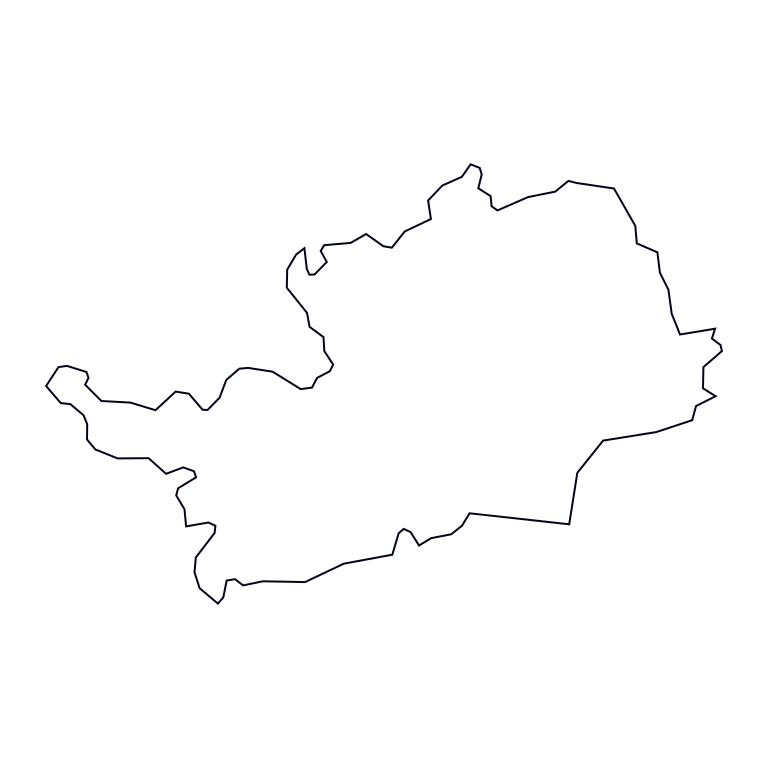 outline of Hertfordshire
{"feature_id": "GBR-2042", "entity_name": "Hertfordshire", "entity_type": "Administrative County", "adm_level": 1, "iso_a3": "GBR", "parent_name": "United Kingdom", "parent_adm1": "", "projection": "equal_earth", "projection_center": [-0.306, 51.83], "detail": "fine", "context": "isolated", "style": "outline", "palette": "ink", "viewbox_px": 768, "rotation_deg": 0, "n_neighbors": 0, "source": "natural_earth", "source_scale": "10m", "svg_char_len": 1591}
<svg xmlns="http://www.w3.org/2000/svg" viewBox="0 0 768 768"><path d="M569.2,524.3L469.5,513.3L462.1,525.6L457.0,529.7L451.2,534.3L431.3,538.1L419.0,545.5L410.7,532.2L403.8,528.9L398.7,533.2L392.3,554.7L363.6,560.0L343.7,563.7L305.0,582.1L286.2,581.7L262.8,581.3L243.1,585.4L235.0,579.2L226.7,580.5L223.3,597.4L217.9,603.6L199.6,588.2L194.5,572.3L195.8,557.5L214.6,533.0L215.4,525.8L208.4,522.5L186.1,526.4L184.5,509.3L176.2,495.4L178.1,488.3L196.1,477.3L193.9,471.2L183.2,467.4L166.1,473.8L148.6,458.2L117.6,458.4L95.4,449.5L87.0,439.5L87.2,424.3L83.6,415.3L70.3,404.1L60.8,403.1L46.1,386.0L58.5,367.1L67.0,365.9L86.5,372.0L88.5,377.9L85.1,384.7L101.4,401.0L130.5,402.6L155.5,410.2L175.6,391.6L188.9,393.7L202.5,409.7L207.5,410.0L219.6,397.7L226.3,379.9L239.3,368.7L247.9,367.9L248.2,367.9L272.6,371.7L300.7,389.1L312.0,387.6L317.1,377.9L329.8,371.2L333.2,364.6L324.3,351.1L323.5,337.1L309.6,326.9L307.0,312.9L297.0,300.4L286.8,287.7L287.2,269.6L296.1,254.6L304.4,248.2L306.8,268.9L309.4,274.7L314.5,274.5L326.8,262.0L320.7,251.0L324.2,245.2L350.6,242.9L366.1,234.0L383.3,246.2L391.8,247.7L404.7,231.5L430.9,219.0L428.1,200.5L442.4,185.5L461.9,176.8L470.6,164.4L479.7,167.9L481.7,174.5L478.3,188.3L490.6,196.1L491.6,206.3L497.5,210.4L528.0,197.1L555.3,191.6L568.4,180.9L576.7,183.0L614.0,188.5L635.3,225.9L636.8,243.4L657.4,252.3L659.9,272.7L668.4,289.7L671.7,313.7L680.0,334.5L715.1,328.7L711.9,338.6L720.5,345.0L721.9,351.1L703.4,367.1L703.0,388.3L715.6,396.2L696.0,406.1L692.2,420.2L656.1,432.1L603.1,440.6L577.3,472.9L569.2,524.3Z" fill="none" stroke="#020617" stroke-width="2"/></svg>